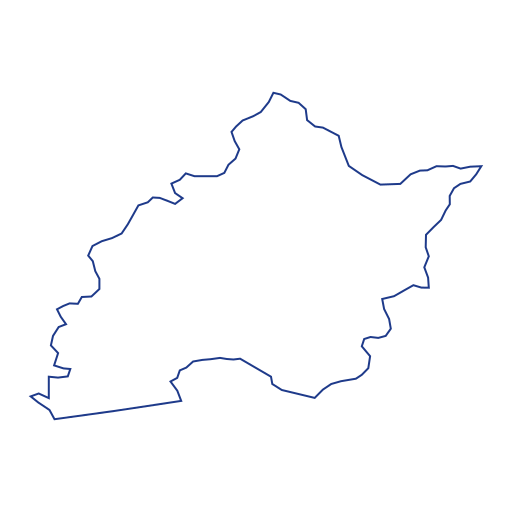 the district of Galvão, Santa Catarina, Brazil
{"feature_id": "56859067B96587095974070", "entity_name": "Galvão", "entity_type": "district", "adm_level": 2, "iso_a3": "BRA", "parent_name": "Brazil", "parent_adm1": "Santa Catarina", "projection": "mercator", "projection_center": [-52.659, -26.443], "detail": "fine", "context": "isolated", "style": "outline", "palette": "blue", "viewbox_px": 512, "rotation_deg": 0, "n_neighbors": 0, "source": "geoboundaries", "source_scale": "gbopen_adm2", "svg_char_len": 1749}
<svg xmlns="http://www.w3.org/2000/svg" viewBox="0 0 512 512"><path d="M273.4,92.8L268.8,102.0L260.8,112.0L253.4,116.1L242.6,120.5L236.1,126.5L231.5,131.9L234.7,141.1L239.3,149.3L235.5,158.6L228.5,164.7L224.3,172.9L217.0,176.2L204.6,176.2L194.5,176.2L185.8,173.4L179.8,179.8L171.4,183.6L175.1,193.1L182.6,198.2L175.1,203.9L168.4,201.2L159.7,197.9L152.8,197.5L147.8,202.3L138.4,205.4L132.7,215.6L127.8,224.3L121.6,233.5L112.0,238.1L101.8,241.2L92.5,246.0L88.2,255.6L92.8,261.2L95.3,271.2L99.4,278.8L99.4,289.0L91.4,296.5L81.8,297.0L77.9,303.8L69.6,303.4L63.2,306.0L57.0,309.3L60.7,316.7L66.0,324.2L58.7,327.0L53.0,335.9L50.9,345.4L58.1,353.1L54.1,365.4L63.5,368.4L70.3,369.0L67.8,376.4L58.0,377.6L48.8,376.7L48.8,385.6L48.8,398.1L38.7,393.5L30.7,396.4L38.3,402.5L49.5,410.0L54.5,419.2L114.8,410.9L181.2,400.9L177.3,390.7L170.5,381.5L177.2,377.9L179.8,370.4L186.3,367.6L193.1,361.5L202.4,359.9L210.6,359.2L220.0,357.9L226.8,359.0L233.5,359.5L240.1,358.7L271.0,376.7L272.3,384.0L281.8,390.0L314.7,397.9L322.9,389.6L331.2,384.0L341.0,381.2L355.9,378.7L361.8,374.8L368.3,368.2L370.1,356.2L361.8,346.3L364.2,339.0L370.5,337.0L378.3,337.9L385.7,335.9L390.8,328.7L389.1,319.0L384.1,309.0L382.2,299.0L394.0,296.2L403.8,290.6L413.4,285.2L421.4,287.6L428.8,287.7L428.1,277.6L424.3,267.3L428.8,256.3L425.7,247.3L426.0,234.8L433.6,227.1L441.1,219.9L445.7,210.4L449.8,204.3L449.7,195.9L454.0,188.2L460.4,183.9L470.2,181.5L476.2,174.3L481.3,166.2L470.2,166.7L460.6,168.6L453.0,165.9L445.5,166.5L436.5,166.2L427.4,170.3L419.9,170.6L410.6,174.3L400.3,183.9L380.4,184.6L362.2,175.1L348.8,165.9L341.4,147.0L338.7,135.8L322.9,127.6L315.1,126.5L307.1,120.1L305.7,109.2L298.6,102.8L290.3,100.9L280.7,94.5L273.4,92.8Z" fill="none" stroke="#1e3a8a" stroke-width="2"/></svg>